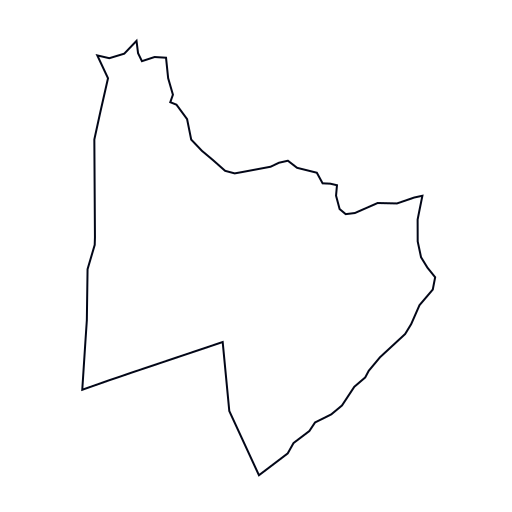 Luís Gomes, Rio Grande do Norte, Brazil (Natural Earth projection), rotated 178°
{"feature_id": "56859067B37861563649073", "entity_name": "Luís Gomes", "entity_type": "district", "adm_level": 2, "iso_a3": "BRA", "parent_name": "Brazil", "parent_adm1": "Rio Grande do Norte", "projection": "natural_earth1", "projection_center": [-38.413, -6.378], "detail": "fine", "context": "isolated", "style": "outline", "palette": "ink", "viewbox_px": 512, "rotation_deg": 178, "n_neighbors": 0, "source": "geoboundaries", "source_scale": "gbopen_adm2", "svg_char_len": 1002}
<svg xmlns="http://www.w3.org/2000/svg" viewBox="0 0 512 512"><g transform="rotate(178 256 256)"><path d="M151.1,130.8L147.3,137.4L135.6,150.5L109.7,172.8L103.3,182.5L94.3,201.2L80.5,216.3L77.7,228.5L85.1,238.4L91.1,249.0L93.9,264.9L93.2,286.8L91.0,296.2L87.6,310.4L95.9,308.9L113.3,303.6L132.6,304.7L155.7,295.5L164.9,294.7L170.8,300.0L173.9,313.5L172.6,323.9L179.3,325.7L186.9,326.3L192.3,337.1L211.9,342.7L220.8,350.1L229.8,348.4L238.3,344.7L267.4,340.3L274.4,339.3L283.9,342.2L295.6,353.3L306.4,363.0L316.7,374.6L320.1,395.2L330.2,410.0L336.3,412.7L333.4,420.1L337.6,436.8L339.0,457.3L350.4,458.4L363.2,454.7L366.8,462.8L367.9,475.2L380.6,462.8L395.7,458.8L407.6,462.0L397.7,438.8L406.5,405.5L413.5,378.1L416.3,280.4L416.8,272.7L424.8,248.7L427.3,197.7L429.3,178.2L434.3,128.4L406.9,137.0L398.4,139.5L385.4,143.5L292.3,171.2L288.1,102.0L260.7,36.8L231.2,57.6L225.0,67.8L208.8,79.2L202.8,87.6L186.3,95.1L175.3,103.6L162.3,121.9L151.1,130.8Z" fill="none" stroke="#020617" stroke-width="2"/></g></svg>